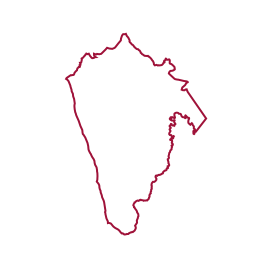 outline of Viotá, Cundinamarca, Colombia, rotated 141°
{"feature_id": "7082276B31089834197292", "entity_name": "Viotá", "entity_type": "district", "adm_level": 2, "iso_a3": "COL", "parent_name": "Colombia", "parent_adm1": "Cundinamarca", "projection": "natural_earth1", "projection_center": [-74.491, 4.439], "detail": "fine", "context": "isolated", "style": "outline", "palette": "rose", "viewbox_px": 256, "rotation_deg": 141, "n_neighbors": 0, "source": "geoboundaries", "source_scale": "gbopen_adm2", "svg_char_len": 5700}
<svg xmlns="http://www.w3.org/2000/svg" viewBox="0 0 256 256"><g transform="rotate(141 128 128)"><path d="M113.5,211.9L113.8,211.7L114.4,211.9L114.6,211.7L115.0,211.8L115.8,211.4L116.8,211.4L118.5,211.0L119.4,211.0L119.9,211.2L120.3,211.2L120.5,211.1L120.8,210.2L123.1,208.4L123.7,208.3L124.3,208.8L124.9,207.3L125.1,207.1L125.6,207.4L126.0,207.4L126.4,206.4L126.8,205.9L127.2,205.8L127.9,206.5L128.8,206.2L129.7,206.2L130.5,205.7L131.3,205.0L133.1,204.9L134.9,204.5L135.7,203.9L136.7,203.5L137.3,203.7L138.1,204.3L138.9,204.6L139.3,205.1L144.2,205.5L145.2,205.1L144.8,204.0L144.7,202.3L144.8,201.6L146.1,197.3L146.7,196.2L147.8,193.3L148.7,191.9L149.3,189.3L150.7,187.1L151.6,184.5L153.5,181.3L153.9,180.6L155.3,179.4L156.2,178.3L157.7,176.0L159.1,173.4L159.4,172.3L160.2,170.5L160.7,168.7L161.8,164.6L163.7,159.5L164.8,155.2L166.3,152.9L166.9,151.7L166.8,150.9L167.2,147.5L168.9,141.8L170.3,139.0L172.1,136.3L172.6,135.1L173.2,132.4L173.3,131.0L173.7,129.8L174.1,127.8L174.3,125.4L174.8,123.6L176.0,121.7L176.7,120.1L177.2,117.2L178.6,114.7L179.2,114.0L180.2,112.2L182.0,109.8L184.5,107.0L186.0,106.0L186.0,103.2L186.4,101.6L187.3,100.2L187.7,99.7L188.5,98.0L188.8,96.6L189.8,95.0L190.7,92.3L191.7,90.4L192.6,86.9L193.3,85.3L197.7,77.7L198.8,77.1L199.1,76.1L199.6,75.5L201.7,71.2L202.4,68.2L203.4,66.8L202.9,66.6L201.8,65.2L201.4,64.4L201.4,60.8L201.0,58.9L200.5,57.5L199.7,55.7L199.4,54.5L199.3,52.8L199.4,51.4L199.1,49.8L198.4,49.5L198.3,49.2L197.9,47.6L197.6,47.5L196.7,46.7L195.6,46.4L194.9,45.7L194.3,45.4L193.3,45.6L192.9,45.4L191.6,45.2L191.1,44.8L190.1,44.6L189.8,44.1L187.4,44.1L185.3,45.0L184.4,46.0L184.0,47.6L180.6,48.7L179.3,50.6L176.9,51.9L176.4,52.5L175.4,52.9L174.9,53.6L174.2,54.7L174.0,56.7L173.6,57.4L173.3,58.6L173.2,61.2L172.9,62.1L173.2,62.6L172.7,63.3L172.5,64.6L171.6,65.2L170.3,65.7L169.9,65.7L169.7,66.0L169.0,65.8L167.9,66.0L167.2,65.9L166.2,65.6L165.6,64.7L164.9,64.7L164.4,64.4L164.0,64.6L163.7,64.5L163.2,64.1L163.0,63.6L161.8,62.3L161.7,61.7L161.1,61.5L159.8,60.4L159.1,60.1L158.7,59.7L158.4,59.9L157.9,59.7L157.4,59.9L156.8,59.8L156.0,60.2L155.5,60.7L154.5,61.0L153.9,62.0L153.3,62.3L153.0,62.7L151.4,62.9L151.0,63.7L150.5,64.1L149.8,64.3L149.0,65.3L148.5,65.7L147.9,65.7L147.2,66.5L147.1,66.9L146.1,67.8L146.0,68.4L145.6,68.6L145.3,69.3L144.2,70.1L142.5,70.5L141.5,69.6L140.2,69.5L138.6,69.9L137.9,70.6L137.4,72.7L136.8,73.2L136.4,73.4L135.9,73.3L135.3,72.4L134.7,72.5L133.7,72.3L132.8,71.5L132.2,71.5L131.2,71.1L130.5,71.2L129.7,70.8L129.4,70.8L128.5,71.6L128.1,71.7L127.5,71.7L126.4,71.8L126.1,71.7L125.6,71.3L124.6,71.2L124.3,71.3L123.7,72.0L123.0,72.2L122.3,71.7L122.0,71.8L121.3,73.3L120.8,73.2L120.3,72.9L119.6,73.0L119.0,73.8L118.7,75.3L118.0,76.0L117.3,77.8L116.8,78.7L115.6,78.7L115.0,79.1L114.7,79.4L114.3,80.5L114.1,80.7L113.4,81.1L111.5,82.7L110.4,82.9L109.9,83.4L109.2,83.9L107.9,83.9L107.6,84.0L106.7,85.0L105.6,85.6L105.3,86.9L104.8,87.0L104.1,86.6L103.4,87.1L103.2,87.9L103.4,88.7L103.1,89.2L102.1,89.8L101.6,90.7L101.7,91.5L102.6,92.0L102.4,92.5L101.2,92.5L100.4,92.9L100.1,92.9L99.9,91.8L99.5,91.6L99.2,91.7L98.4,92.4L97.6,92.7L97.7,93.1L98.6,93.3L99.1,93.7L99.2,94.3L98.9,95.2L99.9,96.3L99.8,97.4L99.0,98.1L97.0,98.8L96.8,99.0L96.7,100.6L96.5,100.8L94.7,101.2L94.6,101.5L94.7,102.8L94.4,103.4L93.4,103.5L92.1,104.1L91.8,103.8L91.7,103.5L92.0,103.0L92.0,102.2L91.5,101.7L90.7,101.4L90.7,100.6L90.4,100.6L89.5,101.4L88.7,101.2L88.6,101.3L88.4,103.5L87.9,104.1L87.0,104.6L87.2,105.0L88.5,105.6L89.1,106.0L89.8,107.6L89.9,108.4L89.8,108.8L89.6,108.9L89.3,108.7L88.9,108.1L88.6,108.1L88.3,109.4L87.9,109.4L86.6,108.4L86.4,107.7L85.6,106.4L85.1,106.4L84.8,106.7L84.2,108.3L83.2,109.6L82.8,109.9L82.0,109.9L81.0,109.6L80.4,109.2L79.7,108.4L79.5,108.0L79.5,107.1L78.3,105.9L78.3,105.3L78.9,103.5L78.8,102.6L78.8,102.2L77.5,100.8L77.4,99.7L77.1,99.5L76.8,99.8L75.8,101.5L75.4,101.6L75.3,101.4L75.1,98.5L74.3,97.6L74.4,97.1L74.8,96.7L75.9,96.2L76.9,95.3L77.6,94.4L77.9,93.6L77.6,91.6L77.5,91.3L76.0,91.6L75.4,91.6L75.4,90.4L75.9,89.4L75.8,87.8L77.1,86.3L77.0,85.7L76.8,85.0L77.0,84.5L77.7,84.3L78.7,84.6L79.3,84.3L80.5,82.7L80.7,82.2L80.5,81.7L80.2,81.7L79.9,81.8L79.0,82.9L78.5,82.8L77.7,82.4L61.3,86.2L58.9,118.3L58.6,119.6L58.4,120.0L58.4,120.7L58.1,121.1L58.4,121.4L59.1,121.7L60.4,121.8L61.6,122.9L62.2,124.0L60.3,125.3L56.6,125.4L54.2,126.3L53.1,126.0L52.7,126.0L52.6,126.3L53.0,127.2L54.9,129.3L58.4,133.8L59.4,134.8L60.6,136.3L60.9,137.0L61.9,144.0L61.9,144.7L60.9,145.4L59.5,145.7L58.8,145.5L57.9,144.8L56.4,144.2L54.9,144.1L54.5,144.3L54.2,145.2L53.7,145.7L53.5,146.2L53.6,147.9L54.0,150.3L54.8,151.5L54.8,152.1L54.7,152.3L53.6,153.5L52.9,154.4L52.8,155.3L52.9,155.5L54.0,155.9L54.9,156.7L54.8,157.7L54.9,158.1L55.1,158.1L56.2,157.3L57.4,157.5L57.7,157.4L58.3,156.9L58.0,156.4L58.2,156.1L58.6,156.0L59.5,156.3L60.5,155.8L61.3,155.7L62.2,155.7L64.1,156.8L64.7,157.5L65.4,157.7L66.1,159.1L67.7,159.8L67.8,161.1L67.0,162.4L66.5,164.2L66.6,165.2L66.4,167.0L66.5,168.9L66.8,169.7L66.8,170.4L67.1,170.7L67.1,171.5L67.8,171.9L69.6,173.6L69.9,174.3L70.0,175.1L70.6,176.6L70.5,177.6L70.8,178.4L70.4,179.3L70.2,180.7L70.6,181.8L70.5,182.7L71.5,183.9L71.9,185.7L71.9,186.5L72.1,187.4L71.9,188.2L72.0,189.6L72.4,190.5L72.4,192.5L72.6,193.4L72.4,194.3L71.9,194.7L71.5,195.4L70.9,198.2L71.0,200.3L70.4,202.5L71.3,202.8L72.5,203.8L73.0,204.0L73.7,203.8L74.6,203.5L77.3,201.8L78.4,200.6L78.8,200.5L82.0,199.9L87.3,198.7L88.4,198.8L90.4,199.4L92.5,201.5L93.8,203.5L96.0,203.1L102.1,202.5L103.9,203.4L105.5,205.1L106.1,205.0L106.6,205.3L107.7,207.1L108.4,206.2L108.8,205.4L108.8,204.5L108.5,203.4L109.2,203.9L110.1,203.9L111.3,204.4L111.9,204.9L112.1,205.6L112.1,208.3L111.7,210.4L113.0,210.9L113.5,211.9Z" fill="none" stroke="#9f1239" stroke-width="2"/></g></svg>